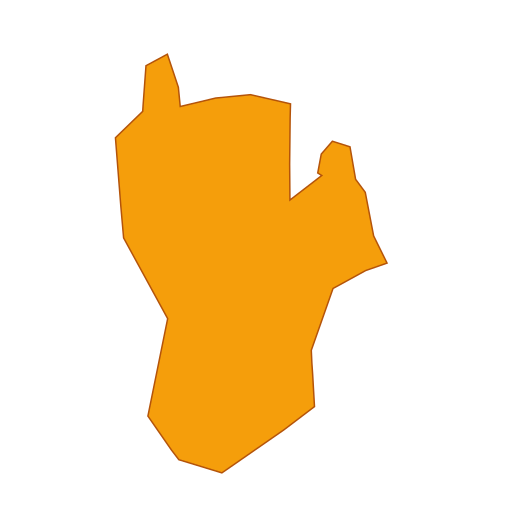 the district of Gurvansaixan, Dundgovi, Mongolia, rotated 83°
{"feature_id": "93677404B69080811901950", "entity_name": "Gurvansaixan", "entity_type": "district", "adm_level": 2, "iso_a3": "MNG", "parent_name": "Mongolia", "parent_adm1": "Dundgovi", "projection": "robinson", "projection_center": [107.027, 45.584], "detail": "fine", "context": "isolated", "style": "filled", "palette": "amber", "viewbox_px": 512, "rotation_deg": 83, "n_neighbors": 0, "source": "geoboundaries", "source_scale": "gbopen_adm2", "svg_char_len": 618}
<svg xmlns="http://www.w3.org/2000/svg" viewBox="0 0 512 512"><g transform="rotate(83 256 256)"><path d="M412.6,216.3L380.5,214.2L369.2,213.6L356.3,212.6L297.6,183.5L283.8,148.9L279.0,126.8L250.4,136.8L206.1,139.8L192.0,147.8L159.1,149.4L151.4,166.2L162.8,178.8L181.1,184.6L184.1,180.9L204.6,215.5L168.8,211.4L123.2,205.3L109.2,203.2L95.2,241.8L94.3,276.8L98.4,313.0L79.1,312.5L44.9,319.4L53.7,342.0L92.6,349.7L98.6,350.8L121.5,381.1L190.0,384.1L221.9,385.2L307.4,351.3L310.4,352.3L401.7,382.8L438.2,363.6L448.8,357.4L467.1,316.3L432.0,249.6L412.6,216.3Z" fill="#f59e0b" stroke="#b45309" stroke-width="1.5"/></g></svg>